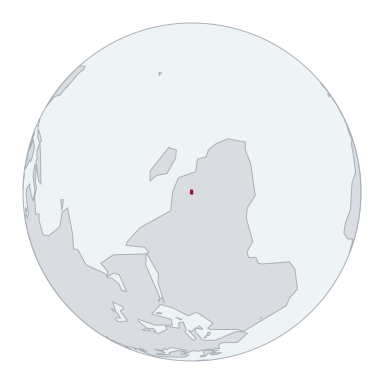 Nkhotakota on an orthographic globe, rotated 196°
{"feature_id": "MWI-1902", "entity_name": "Nkhotakota", "entity_type": "District", "adm_level": 1, "iso_a3": "MWI", "parent_name": "Malawi", "parent_adm1": "", "projection": "orthographic", "projection_center": [34.033, -12.814], "detail": "fine", "context": "on_globe", "style": "filled", "palette": "rose", "viewbox_px": 384, "rotation_deg": 196, "n_neighbors": 0, "source": "natural_earth", "source_scale": "10m", "svg_char_len": 5982}
<svg xmlns="http://www.w3.org/2000/svg" viewBox="0 0 384 384"><g transform="rotate(196 192 192)"><circle cx="192" cy="192" r="169" fill="#eef3f6" stroke="#a8b0b8"/><path d="M23.8,176.1L24.0,176.9L24.0,183.1L23.8,187.9L24.4,187.9L24.5,190.7L29.8,189.9L34.7,194.5L36.0,204.6L34.8,218.4L40.6,244.5L40.3,256.4L44.9,267.0L52.7,283.9L51.9,285.2L56.9,291.4L60.4,296.7L61.2,298.5L65.4,303.5L66.2,304.7L68.6,307.0L76.0,314.8L81.0,319.0L87.9,325.0L91.1,327.3L91.5,327.7L93.5,329.2L95.7,330.7L94.8,330.2L85.3,323.0L76.4,315.2L68.1,306.8L60.3,297.9L53.2,288.4L46.8,278.4L41.1,268.0L36.2,257.3L32.0,246.2L28.6,234.9L26.0,223.3L24.2,211.6L23.2,199.8L23.1,187.9L23.8,176.1ZM95.6,330.7L96.3,331.2L92.0,327.9L95.6,329.9L98.7,332.4L95.8,330.9L95.6,330.7ZM88.1,323.7L86.0,321.3L87.0,321.8L88.6,323.6L88.1,323.7ZM344.5,119.2L346.2,123.3L345.1,123.9L346.0,126.5L343.3,121.7L343.1,125.3L351.0,144.5L352.0,149.3L350.1,155.4L349.4,151.6L342.2,139.0L343.4,150.0L348.9,162.7L350.9,175.6L347.8,169.7L345.4,158.3L342.8,153.6L341.8,143.6L336.2,127.8L332.8,128.6L331.4,122.9L323.2,109.6L317.5,110.6L309.5,122.0L311.2,136.7L307.2,142.3L295.3,118.8L290.2,104.7L285.8,105.1L273.6,92.7L252.4,89.5L249.4,86.0L245.4,87.2L236.9,83.4L232.5,78.1L227.3,78.2L239.1,92.3L244.7,92.5L249.5,87.7L251.7,92.9L260.0,98.2L250.5,109.8L219.1,119.9L216.2,109.0L193.6,81.4L194.4,78.6L194.3,78.3L194.0,77.7L191.7,82.4L187.9,77.5L199.7,95.6L201.6,104.0L218.6,120.5L217.0,122.2L222.5,125.9L240.5,122.6L240.6,126.4L231.9,143.6L207.2,168.2L210.6,186.2L209.1,201.9L194.1,212.5L195.8,225.1L188.1,229.8L187.9,237.1L182.0,245.2L171.9,253.2L154.3,254.6L152.8,247.8L143.5,235.5L130.3,206.1L134.4,192.0L132.7,181.9L120.0,161.3L122.7,149.0L119.4,144.6L112.5,146.8L108.8,141.7L104.6,142.2L79.3,151.7L71.9,146.4L63.8,127.6L68.7,118.0L70.1,108.7L103.9,72.4L110.4,72.4L136.3,64.9L139.4,65.5L135.6,71.9L154.4,77.7L161.3,71.9L179.1,75.4L191.3,75.1L197.0,63.6L176.9,63.8L174.2,58.6L190.9,53.9L208.6,54.9L208.1,53.1L197.5,48.6L202.2,45.7L193.9,47.0L196.8,48.8L191.7,50.0L188.7,48.5L190.5,47.3L185.3,46.6L178.2,53.1L180.4,55.7L166.5,57.5L168.8,62.1L164.8,64.7L159.4,57.9L160.4,55.3L149.9,49.6L147.6,52.3L157.4,58.1L154.1,57.9L151.0,62.5L150.7,58.8L140.7,52.5L128.6,56.0L112.0,69.3L105.2,71.8L99.9,71.2L107.1,59.7L121.6,55.5L124.3,52.2L122.4,48.9L126.9,48.2L127.9,46.6L133.5,45.3L142.3,40.6L148.1,39.5L152.5,35.3L156.1,34.3L152.5,36.9L153.1,38.4L167.6,36.9L170.7,35.9L172.4,33.5L176.2,33.7L175.9,31.6L184.8,30.6L173.8,30.4L175.5,28.5L181.3,27.0L179.9,26.5L170.4,29.1L168.4,30.2L169.8,31.2L162.6,35.4L157.4,36.6L157.5,32.7L150.2,34.2L153.5,31.2L177.1,24.9L186.4,24.0L199.9,25.6L197.2,26.3L191.0,25.9L195.9,27.6L195.9,26.8L199.0,27.2L201.5,26.1L203.8,26.4L202.1,25.1L205.2,25.4L206.3,26.2L212.5,25.6L219.3,26.5L219.6,26.3L218.0,25.8L227.7,27.6L227.5,27.4L224.2,26.7L221.6,25.9L220.9,25.6L224.3,26.2L225.0,26.4L231.7,28.2L233.1,29.1L234.4,29.4L234.0,28.8L225.9,26.6L224.5,26.2L228.8,27.1L227.1,26.7L227.5,26.8L229.2,27.2L241.5,30.4L253.5,34.6L265.2,39.7L276.4,45.6L287.2,52.4L297.4,60.0L307.0,68.3L316.0,77.3L324.3,86.9L331.8,97.2L338.6,108.0L344.5,119.2ZM91.6,88.4L90.5,91.1L91.6,88.4ZM227.0,62.9L237.8,64.3L233.3,57.4L237.1,57.5L234.2,55.3L233.0,56.9L226.0,51.2L230.7,50.0L229.6,47.6L226.0,47.0L218.3,50.3L228.3,58.1L225.7,60.5L227.0,62.9ZM127.9,40.8L129.4,41.1L126.8,43.0L119.4,45.8L123.2,42.9L127.9,40.8ZM132.2,41.1L134.4,37.2L139.0,35.8L136.1,37.1L138.9,36.6L134.9,38.7L137.3,41.7L135.1,43.7L122.7,47.1L127.9,44.6L126.1,44.3L132.2,41.1ZM131.6,34.3L132.6,33.8L141.4,31.1L139.5,31.9L132.0,34.4L129.9,35.0L131.6,34.3ZM143.4,62.8L145.8,62.8L149.9,62.1L148.0,65.3L143.4,62.8ZM136.3,58.6L138.6,57.9L138.0,61.5L135.4,61.7L136.3,58.6ZM140.5,54.7L138.8,57.6L138.2,56.2L140.5,54.7ZM154.7,36.4L157.2,35.8L157.3,36.3L155.6,37.3L154.7,36.4ZM193.3,65.5L189.4,67.7L187.7,66.6L189.4,66.0L193.3,65.5ZM167.4,65.9L173.1,67.1L166.8,66.8L167.4,65.9ZM255.9,295.3L256.6,298.1L254.1,297.9L255.9,295.3ZM238.1,200.6L226.6,228.4L218.6,228.1L217.1,219.6L221.3,202.6L230.6,198.3L235.2,191.0L238.1,200.6ZM358.0,216.1L358.1,218.4L358.0,219.2L358.0,216.1ZM357.9,211.7L358.4,213.8L357.5,213.2L357.9,211.7ZM358.5,214.6L359.0,214.9L359.2,214.5L359.0,216.0L358.5,214.6ZM357.4,210.6L353.1,204.2L350.9,199.7L351.9,197.4L355.4,202.0L357.4,210.6ZM351.7,197.1L347.8,185.6L339.5,158.3L342.5,160.3L350.6,178.8L350.1,180.9L352.5,189.3L351.7,197.1ZM359.5,191.4L359.0,198.4L357.0,194.2L355.9,191.5L355.1,181.1L355.6,176.9L356.6,178.3L358.5,167.7L359.6,173.3L359.5,178.3L360.3,186.1L359.5,191.4ZM312.0,138.3L316.0,148.3L313.5,149.1L312.0,138.3ZM357.6,159.0L358.0,163.6L357.1,156.6L357.6,159.0ZM356.9,155.1L356.0,151.3L356.1,151.7L356.9,155.1ZM347.5,130.8L346.5,130.3L345.7,128.0L346.5,127.4L347.5,130.8ZM212.9,24.3L210.9,24.2L210.7,24.4L214.2,25.1L207.6,24.3L208.0,23.8L211.0,24.1L212.9,24.3ZM334.1,283.4L334.9,282.1L329.5,283.4L330.0,279.7L333.5,275.3L341.1,258.3L341.3,259.3L345.6,248.8L350.8,245.5L355.7,233.5L355.2,235.6L351.4,248.1L346.5,260.3L340.8,272.1L334.1,283.4ZM358.8,219.1L358.3,220.9L359.0,217.4L358.8,219.1ZM360.9,188.7L360.6,188.8L360.7,194.0L360.9,193.3L360.7,195.8L360.4,204.9L360.1,207.3L360.5,197.6L359.8,205.5L359.7,204.4L360.0,196.6L360.5,188.8L360.7,186.2L360.9,187.8L360.9,188.7ZM359.5,169.8L359.5,170.0L359.4,169.4L359.5,169.8ZM355.8,150.7L355.8,150.4L355.2,148.4L355.8,150.7Z" fill="#d9dde1" stroke="#a8b0b8" stroke-width="1"/><path d="M192.9,190.2L193.0,190.5L193.2,191.1L193.3,191.6L193.4,192.0L193.4,192.4L193.5,192.7L193.5,193.0L193.5,193.3L193.5,193.5L192.8,193.7L192.6,193.9L192.4,193.9L192.4,194.0L192.3,193.6L192.2,193.4L192.2,193.2L192.1,192.9L191.9,192.9L191.9,193.0L191.8,192.9L191.7,192.9L191.7,192.6L191.8,192.5L191.9,192.4L191.8,192.2L191.7,192.1L191.4,192.1L191.4,191.9L191.4,191.7L191.5,191.6L191.6,191.4L191.8,191.4L192.0,191.3L192.1,191.2L191.9,191.0L191.7,191.0L191.7,190.9L191.6,190.7L191.4,190.5L191.4,190.4L191.2,190.4L191.3,190.2L191.5,190.0L191.8,190.2L192.0,190.2L192.9,190.2L192.9,190.2Z" fill="#f43f5e" stroke="#9f1239" stroke-width="1.5"/></g></svg>